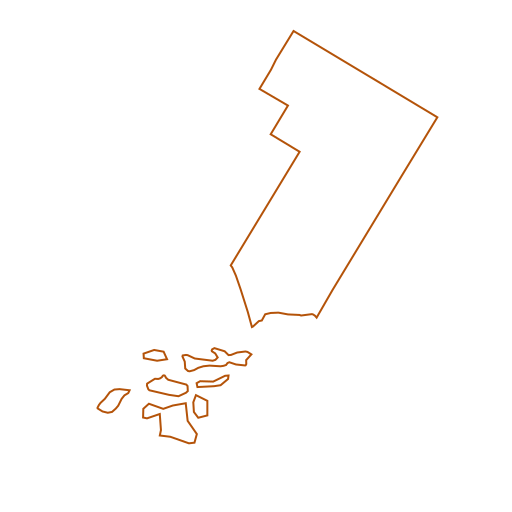 outline of Ashland, Wisconsin, United States of America, rotated 211°
{"feature_id": "52423323B43219981502704", "entity_name": "Ashland", "entity_type": "district", "adm_level": 2, "iso_a3": "USA", "parent_name": "United States of America", "parent_adm1": "Wisconsin", "projection": "albers", "projection_center": [-90.631, 46.529], "detail": "fine", "context": "isolated", "style": "outline", "palette": "amber", "viewbox_px": 512, "rotation_deg": 211, "n_neighbors": 0, "source": "geoboundaries", "source_scale": "gbopen_adm2", "svg_char_len": 1927}
<svg xmlns="http://www.w3.org/2000/svg" viewBox="0 0 512 512"><g transform="rotate(211 256 256)"><path d="M339.7,468.2L340.0,434.6L339.1,423.5L339.1,401.0L306.1,401.4L306.1,367.9L272.3,367.8L272.8,234.9L270.5,234.0L263.1,228.8L252.0,219.5L234.2,203.8L222.9,193.0L222.3,193.9L220.0,201.7L217.8,203.7L218.1,210.8L214.1,214.7L207.6,219.0L198.5,222.4L188.3,227.9L186.7,228.2L178.1,235.0L176.9,235.3L174.7,235.2L172.3,234.4L172.9,266.5L172.4,401.1L172.2,434.7L172.0,468.3L238.8,468.3L339.7,468.2ZM212.6,64.3L215.0,72.9L229.7,79.5L240.4,93.6L250.3,85.0L256.8,77.2L271.7,74.2L273.9,67.0L269.6,59.4L265.8,60.7L257.1,71.0L247.8,57.8L246.0,52.6L236.4,56.9L217.0,60.9L212.6,64.3ZM208.6,157.0L208.7,158.4L210.8,161.7L209.3,169.3L213.9,169.4L215.9,168.7L222.4,163.6L226.5,158.3L228.5,156.9L233.8,158.2L244.2,155.6L245.5,153.4L245.3,152.1L244.7,151.6L240.8,151.5L236.6,149.3L237.3,146.1L239.2,143.9L255.7,136.6L263.5,135.8L265.1,135.1L267.6,133.0L267.3,132.0L262.7,128.8L258.7,123.1L255.0,122.4L253.5,123.0L250.3,126.3L247.9,130.4L244.3,134.4L239.4,138.1L229.6,143.2L227.3,145.1L225.5,147.2L225.3,149.6L224.1,151.2L217.3,152.7L208.9,156.6L208.6,157.0ZM245.6,102.7L244.9,105.1L247.7,109.3L249.5,109.9L267.5,104.7L270.6,105.3L271.7,106.1L272.8,106.5L273.7,106.1L274.2,105.4L274.3,103.6L275.2,101.7L276.4,100.3L279.4,98.7L283.6,90.5L282.7,88.7L279.6,86.3L278.2,86.0L259.0,92.2L250.2,95.9L245.6,102.7ZM294.9,72.7L295.2,75.8L304.4,71.6L308.6,68.6L311.2,63.9L312.0,55.7L313.6,50.1L313.9,47.4L313.7,44.3L313.3,43.8L307.5,43.7L302.3,45.3L299.1,48.2L297.6,53.0L297.0,56.7L297.6,64.4L297.0,68.8L294.9,72.7ZM222.2,87.6L215.6,94.3L223.1,106.8L235.8,105.8L234.4,98.3L228.9,90.3L222.2,87.6ZM279.1,121.7L285.9,126.4L294.9,123.0L302.1,114.4L299.5,110.6L286.8,115.3L279.1,121.7ZM216.6,136.2L218.0,139.4L220.8,137.4L228.0,126.3L239.4,119.9L241.4,116.4L238.7,113.5L224.9,122.8L219.8,127.0L216.6,136.2Z" fill="none" stroke="#b45309" stroke-width="2"/></g></svg>